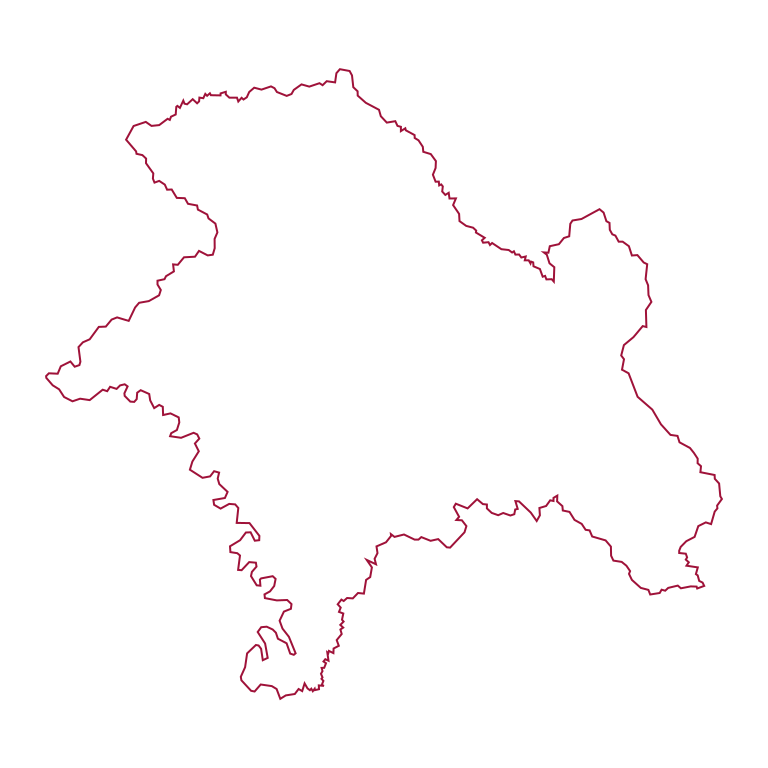 the district of Mae Ramat, Tak, Thailand
{"feature_id": "78962969B69259908761909", "entity_name": "Mae Ramat", "entity_type": "district", "adm_level": 2, "iso_a3": "THA", "parent_name": "Thailand", "parent_adm1": "Tak", "projection": "natural_earth1", "projection_center": [98.605, 17.061], "detail": "fine", "context": "isolated", "style": "outline", "palette": "rose", "viewbox_px": 768, "rotation_deg": 0, "n_neighbors": 0, "source": "geoboundaries", "source_scale": "gbopen_adm2", "svg_char_len": 6070}
<svg xmlns="http://www.w3.org/2000/svg" viewBox="0 0 768 768"><path d="M643.7,262.5L637.4,255.1L631.9,255.5L628.9,246.2L622.7,241.7L618.7,241.7L615.4,235.6L612.3,234.3L609.8,229.8L609.5,222.9L606.4,221.2L603.6,212.6L599.5,209.2L581.5,219.0L572.5,220.5L570.3,223.8L569.2,236.3L563.9,238.0L558.9,244.2L549.8,246.2L548.4,252.7L543.8,252.4L546.8,254.7L549.5,263.3L554.3,267.2L553.8,281.6L551.7,279.2L546.4,279.4L545.1,275.9L542.7,276.7L539.9,269.0L533.5,266.3L533.2,262.4L531.1,261.6L530.5,263.5L528.7,260.3L524.8,260.3L525.7,256.5L521.3,257.5L519.1,254.5L515.4,254.6L513.9,251.3L512.1,252.5L508.7,250.0L501.4,249.2L492.1,243.0L490.0,245.0L488.5,242.2L483.1,242.7L481.9,240.3L484.7,237.8L475.9,232.5L476.2,230.6L473.1,227.7L466.2,225.9L459.5,221.1L459.1,213.9L453.1,205.1L455.9,198.4L449.5,198.5L448.7,192.8L445.3,194.9L442.2,191.5L442.8,186.4L441.2,184.4L439.2,185.4L438.8,181.6L435.6,181.7L432.9,174.7L435.6,168.0L435.9,161.1L430.8,154.1L423.3,151.8L422.8,146.8L418.5,140.3L414.7,138.0L414.6,135.1L405.8,130.3L405.3,128.3L400.9,131.1L400.9,126.8L397.5,125.9L395.3,121.2L386.8,122.6L380.8,116.2L379.0,109.8L365.8,102.8L357.7,95.6L357.6,91.3L353.3,87.2L352.0,75.4L349.6,71.0L339.9,69.2L336.4,73.2L335.1,82.4L326.7,81.2L322.6,85.2L319.5,83.2L309.3,86.6L301.5,84.4L293.8,89.9L291.5,94.0L286.7,95.9L276.9,92.0L274.5,88.2L271.0,86.4L261.5,89.6L254.2,87.7L249.2,92.0L246.8,97.3L243.5,99.5L241.6,97.8L238.3,101.5L237.0,97.7L229.4,97.7L225.8,94.4L225.8,91.8L220.6,93.4L220.5,95.4L210.9,95.2L209.9,93.3L207.1,95.8L205.3,93.9L203.3,98.2L199.4,97.6L199.1,101.4L197.1,103.3L192.7,99.2L187.1,104.3L184.5,103.7L183.3,100.6L179.9,107.9L177.4,105.9L176.3,106.8L175.7,114.5L171.0,116.7L169.8,119.9L167.6,118.8L159.2,125.1L151.5,125.9L145.8,121.9L133.6,126.0L126.1,139.7L136.1,151.4L136.5,153.8L142.4,155.1L146.1,158.6L146.0,163.2L153.3,173.4L152.9,178.6L154.5,182.6L159.2,180.9L164.8,184.6L167.1,189.7L171.7,189.5L176.8,197.9L184.8,198.2L188.0,203.8L197.1,205.5L197.9,209.6L207.2,214.5L208.5,218.4L215.4,223.6L217.4,232.4L214.6,238.9L214.7,248.2L212.8,254.7L207.7,255.4L199.0,250.9L195.0,256.7L184.0,257.3L177.8,264.8L173.1,264.4L173.9,271.4L166.0,276.2L164.5,279.2L157.5,280.7L157.5,284.5L160.8,290.0L159.1,295.3L148.8,301.1L139.1,302.8L135.1,307.5L128.7,320.9L117.1,317.4L111.6,319.6L105.8,326.6L98.8,326.9L89.7,339.3L82.9,342.3L78.5,347.1L80.4,361.7L79.4,365.1L74.7,366.7L70.4,361.5L60.8,366.3L57.7,373.7L48.9,373.3L46.1,376.1L46.3,377.9L52.7,385.3L59.1,389.3L64.1,397.0L72.5,401.3L80.1,398.7L89.7,400.1L102.7,389.7L107.2,391.2L110.1,386.8L116.6,388.9L120.1,385.4L124.7,384.3L127.6,386.4L124.4,393.3L124.7,395.9L130.3,401.6L134.2,401.9L136.7,399.1L137.2,392.7L140.7,390.2L149.2,394.0L150.2,400.4L154.2,408.1L159.2,404.9L162.8,406.8L163.1,415.0L170.5,413.4L178.7,417.4L179.3,422.4L176.9,430.0L171.2,433.2L170.1,436.2L181.1,437.8L193.6,432.8L197.2,434.4L199.3,438.6L194.9,443.5L198.8,451.3L192.4,461.5L189.9,469.7L202.5,477.8L210.1,476.4L214.1,471.2L219.1,472.6L217.7,478.6L219.3,484.1L227.6,491.9L224.9,498.0L213.4,500.0L214.1,504.8L220.6,508.6L229.2,503.9L235.2,504.4L238.3,508.0L236.7,522.9L249.5,523.1L259.4,535.9L259.2,540.2L254.8,540.7L250.6,532.3L245.9,532.5L240.1,540.2L230.0,546.3L230.4,552.1L237.3,553.2L240.0,555.5L238.1,569.9L241.6,570.2L249.2,562.1L255.9,562.7L256.5,566.6L251.9,571.9L251.0,576.1L256.7,585.3L260.4,585.7L259.9,579.6L261.1,578.4L272.7,576.2L275.6,578.9L274.2,586.0L270.0,591.4L264.5,594.4L264.9,598.1L276.8,600.4L287.2,600.0L291.5,604.1L290.9,608.8L283.9,611.6L279.6,620.7L282.5,628.6L288.9,636.8L295.6,653.3L293.8,654.8L290.2,653.6L286.6,643.3L277.9,638.7L275.9,632.7L272.7,629.5L266.7,626.7L261.2,627.2L257.7,632.0L265.1,643.5L267.7,657.9L262.8,660.2L261.1,648.8L258.6,645.5L255.9,645.0L247.1,653.4L245.1,667.2L240.8,676.8L241.4,680.3L251.1,690.8L254.6,691.5L260.7,684.5L271.8,686.1L276.6,689.0L280.3,698.8L285.8,695.4L294.8,694.0L298.6,689.0L302.2,691.1L304.6,683.4L307.5,688.4L309.9,690.2L311.3,688.7L312.8,691.2L314.7,688.7L315.0,690.1L319.0,689.2L318.8,685.4L323.9,685.9L321.8,684.8L323.4,680.9L321.5,678.8L322.5,677.4L321.0,673.8L322.5,671.1L321.6,667.9L324.2,667.8L326.0,663.2L323.5,661.5L325.3,659.2L328.5,660.7L327.3,652.4L328.3,653.2L328.9,650.9L333.4,653.1L333.6,648.5L338.8,645.8L336.7,640.1L341.7,634.0L340.4,629.5L343.2,627.6L340.3,624.9L343.6,621.6L342.0,619.7L343.3,613.5L339.0,611.9L340.7,607.6L337.7,604.3L341.4,599.6L343.7,601.0L347.1,598.0L352.8,598.4L358.0,593.0L363.9,593.6L366.1,579.9L370.2,577.1L371.9,567.4L366.7,559.9L376.0,564.3L374.6,558.8L377.5,553.1L376.5,546.4L386.0,542.3L391.1,535.9L390.9,534.1L394.5,536.9L404.0,534.5L414.6,539.6L418.5,539.6L421.3,537.1L430.6,540.8L438.2,539.1L446.8,547.3L450.1,547.6L464.5,532.3L466.4,526.1L461.9,520.3L456.4,520.0L459.1,516.8L453.8,507.1L455.8,503.7L467.6,508.4L477.1,499.2L482.9,504.1L486.9,504.5L486.9,508.4L491.7,512.9L498.2,515.2L503.2,513.0L510.4,515.5L514.3,514.2L515.2,509.5L517.7,508.9L515.4,501.1L519.0,501.4L530.8,512.6L536.7,521.0L539.9,515.3L539.4,508.0L546.1,506.0L550.2,500.3L553.5,501.0L553.5,497.9L557.3,495.6L557.1,501.4L562.4,506.1L562.8,510.5L569.5,511.9L574.5,519.9L581.7,523.9L585.6,529.8L589.6,530.4L592.2,536.5L605.6,540.4L610.9,546.6L611.1,555.7L613.4,560.6L621.7,561.9L626.4,565.7L630.1,571.1L629.0,573.9L631.9,579.9L640.8,587.9L648.4,589.9L650.2,594.5L659.7,593.0L661.6,589.7L665.2,590.7L668.2,587.9L677.8,585.6L680.9,588.3L690.7,586.4L696.6,586.6L697.2,588.5L704.2,585.9L702.6,582.6L699.2,580.9L697.7,575.4L695.9,574.1L697.8,567.4L686.5,565.7L688.8,562.3L685.8,559.6L687.1,557.4L685.8,553.7L679.2,553.0L679.2,550.7L680.7,546.9L686.3,541.2L694.6,536.9L698.3,526.1L705.8,522.4L711.1,524.1L714.7,511.6L717.4,508.4L717.1,505.6L721.9,499.0L720.3,496.3L719.1,483.5L714.8,478.8L714.6,475.0L700.4,472.2L701.0,466.2L697.6,463.2L697.7,458.7L693.9,452.9L690.0,448.0L679.5,442.3L677.5,435.9L670.5,434.9L661.0,424.4L652.3,409.6L637.6,396.8L628.6,373.3L622.0,369.7L624.0,359.2L621.2,355.5L623.9,345.1L633.5,337.1L642.7,326.1L646.4,327.0L645.9,310.0L651.4,301.9L648.5,295.1L648.1,285.3L645.6,279.2L647.2,264.2L643.7,262.5Z" fill="none" stroke="#9f1239" stroke-width="2"/></svg>